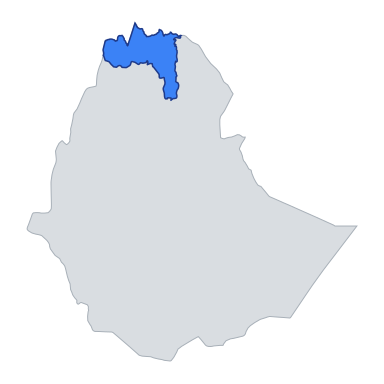 Ethiopia, with Tigray highlighted
{"feature_id": "ETH-3110", "entity_name": "Tigray", "entity_type": "Administrative State", "adm_level": 1, "iso_a3": "ETH", "parent_name": "Ethiopia", "parent_adm1": "", "projection": "equal_earth", "projection_center": [38.617, 13.565], "detail": "fine", "context": "in_parent", "style": "filled", "palette": "blue", "viewbox_px": 384, "rotation_deg": 0, "n_neighbors": 0, "source": "natural_earth", "source_scale": "10m", "svg_char_len": 7886}
<svg xmlns="http://www.w3.org/2000/svg" viewBox="0 0 384 384"><path d="M76.9,300.4L76.5,299.8L74.6,297.7L72.8,295.0L71.7,292.0L70.6,289.5L70.1,283.9L68.7,280.5L67.4,276.4L65.5,268.4L64.6,265.7L63.1,263.8L61.4,262.1L59.7,258.6L55.2,255.5L53.4,253.1L50.4,248.9L49.7,246.7L49.5,244.6L48.6,242.7L46.9,240.4L41.7,235.6L40.3,235.1L38.4,234.6L35.7,234.1L32.0,233.0L28.8,231.1L27.4,229.8L27.1,228.9L27.4,227.3L28.5,224.7L30.8,218.4L32.3,214.1L33.3,212.9L36.2,212.6L39.2,212.7L41.3,213.1L44.4,213.1L48.1,212.7L49.6,211.3L50.8,209.7L51.3,208.6L51.4,205.8L51.4,203.6L51.2,195.0L51.1,189.8L51.0,183.8L51.0,182.6L51.1,181.1L52.0,174.7L52.9,171.0L53.4,169.1L55.8,163.0L56.2,161.0L56.3,159.2L55.5,151.1L57.0,147.2L59.0,143.4L60.7,141.8L62.1,140.7L62.7,141.1L64.3,142.9L66.4,144.6L67.4,144.2L68.9,142.7L69.9,141.1L69.8,138.2L70.8,132.3L70.6,128.9L71.7,124.7L72.9,118.8L73.4,115.0L74.0,113.0L77.1,108.9L79.8,103.0L81.5,98.8L84.7,91.8L86.3,89.3L87.7,88.2L89.6,87.5L93.3,86.8L95.9,86.2L96.3,85.3L96.5,83.9L96.6,80.8L97.1,75.4L98.3,70.2L99.6,66.3L100.4,64.5L101.2,62.7L102.2,59.8L103.4,53.5L103.4,49.2L105.2,41.3L105.6,41.2L108.6,39.8L111.4,39.6L114.3,40.6L116.1,40.8L116.9,40.3L117.7,39.0L118.4,36.9L119.6,35.7L121.2,35.5L123.3,37.9L126.6,44.2L127.5,44.6L128.0,44.4L129.7,39.4L131.0,35.4L133.4,28.0L134.8,23.8L136.1,25.1L137.4,27.2L138.9,28.2L140.4,28.8L141.2,28.9L142.2,29.8L145.6,35.0L146.7,36.2L148.3,36.4L155.0,34.7L159.0,31.6L159.7,30.4L160.7,30.4L162.1,31.8L162.6,33.1L163.5,34.8L165.0,35.0L168.9,33.8L170.7,33.1L172.3,33.7L174.3,34.2L175.6,34.2L178.6,35.9L182.3,35.4L184.0,35.4L185.8,36.2L188.6,38.9L192.4,42.2L197.7,44.6L198.8,45.5L201.4,49.3L205.5,56.6L210.7,63.5L216.5,69.0L219.6,72.8L221.6,77.4L223.7,81.7L225.8,83.5L227.7,84.9L229.7,88.1L231.1,90.8L233.1,93.9L230.9,98.1L228.1,103.7L224.8,110.2L223.8,111.8L220.9,115.8L220.4,116.9L219.8,119.7L219.8,124.9L220.2,131.6L220.6,137.7L222.2,138.4L224.1,138.9L226.1,138.1L228.6,137.4L231.7,137.0L235.2,135.7L237.2,134.7L239.3,134.8L241.2,135.9L242.2,136.8L243.5,137.2L245.2,137.1L244.9,138.3L243.9,140.0L242.8,141.7L241.7,143.4L239.5,148.3L239.4,148.9L239.7,149.9L241.0,152.1L242.3,155.7L243.0,159.1L243.6,160.7L245.1,162.5L247.4,166.3L248.6,168.8L251.1,170.2L251.9,173.5L253.8,178.2L255.8,182.0L257.8,185.0L259.9,186.2L260.8,186.3L265.4,191.8L268.8,196.0L269.7,196.7L275.9,199.4L283.1,202.6L288.9,205.1L296.3,208.4L303.5,211.6L310.3,214.6L319.9,218.9L327.6,222.4L333.6,225.1L334.9,226.0L356.9,226.0L351.6,233.0L345.5,241.0L339.1,249.4L335.0,254.8L328.4,263.4L323.0,270.5L317.4,278.3L312.3,285.4L305.7,295.1L301.4,301.5L294.7,311.4L290.5,317.6L289.8,318.0L283.7,317.5L277.8,317.1L270.3,316.5L269.4,316.5L267.2,317.1L265.9,317.6L260.5,319.3L259.5,319.8L255.0,322.4L250.4,325.6L248.0,328.0L246.1,331.5L245.3,334.0L244.5,335.1L243.0,336.1L233.4,338.4L230.6,338.8L226.1,340.7L223.7,343.8L223.0,345.4L219.8,345.4L214.1,345.9L211.7,346.4L210.5,346.5L208.3,346.4L206.6,345.9L205.4,345.0L203.9,343.1L200.6,339.1L198.3,336.6L193.0,339.5L188.3,342.3L181.7,346.3L177.9,349.2L176.7,352.1L173.8,357.3L171.2,360.6L170.2,361.0L164.2,360.3L162.1,359.6L158.5,359.0L153.8,357.9L150.6,356.7L147.1,356.5L142.1,356.1L139.1,355.2L135.9,352.3L131.9,348.8L127.8,345.2L123.5,341.5L118.5,337.2L113.0,332.5L111.7,332.0L111.2,332.0L105.2,331.8L99.0,331.5L94.8,331.4L93.5,330.8L92.5,329.8L91.2,326.3L89.6,323.9L87.8,320.7L87.6,316.5L88.1,311.9L88.6,310.3L88.3,308.8L88.4,306.7L87.4,304.8L81.3,302.5L80.3,302.7L79.3,303.6L78.1,304.2L77.3,303.6L76.8,302.8L76.8,301.4L76.9,300.4Z" fill="#d9dde1" stroke="#a8b0b8" stroke-width="1"/><path d="M103.3,55.4L103.7,54.1L103.6,52.6L103.3,51.2L103.1,50.4L103.1,49.7L103.2,49.1L105.2,41.1L105.6,41.1L105.8,40.5L106.1,40.2L106.4,40.1L106.9,40.1L107.2,40.0L107.9,39.6L108.3,39.5L109.3,39.5L109.5,39.4L109.8,39.1L110.1,39.1L111.5,39.1L112.2,39.2L113.7,39.8L114.4,39.9L114.5,40.0L114.9,40.7L115.1,40.9L115.3,41.0L115.7,41.1L115.8,41.0L116.1,40.7L116.3,40.7L116.7,40.7L116.9,40.7L117.1,40.5L117.4,40.1L117.5,39.6L117.6,39.0L117.6,38.3L117.7,37.7L117.9,37.1L118.2,36.5L118.8,35.9L119.6,35.6L121.2,35.7L121.7,35.5L122.0,35.4L122.5,36.0L122.9,36.3L123.7,37.9L124.1,38.3L124.1,38.6L124.2,39.0L124.2,39.7L124.2,40.0L124.5,40.2L125.4,41.2L125.5,41.4L125.7,41.9L125.8,42.6L125.9,43.0L126.2,43.1L126.4,43.2L126.6,43.3L126.8,43.5L126.9,43.8L126.9,44.6L127.0,45.0L127.2,45.4L127.6,45.7L127.9,45.4L128.6,42.9L129.9,39.0L131.3,34.7L132.7,30.3L134.1,25.8L135.0,23.0L135.4,23.5L135.6,24.0L136.1,25.1L136.4,25.2L136.4,25.3L136.4,25.7L136.5,25.8L136.5,26.0L136.7,26.4L136.9,26.4L137.1,26.6L137.2,26.8L137.2,27.1L137.3,27.4L137.5,27.6L139.9,28.9L140.3,28.9L141.5,28.7L142.0,28.7L142.3,28.9L142.6,29.2L142.7,29.7L142.7,29.8L142.9,30.6L143.0,30.9L143.2,31.2L143.4,31.4L143.7,31.6L143.8,32.0L144.0,33.1L144.2,33.6L144.4,34.0L144.8,34.4L145.9,35.2L146.1,35.4L146.3,36.1L146.4,36.3L146.6,36.6L146.8,36.6L147.0,36.5L148.1,36.6L149.8,36.3L150.6,36.0L151.9,35.1L152.3,35.1L152.7,35.3L153.1,35.3L153.5,35.3L153.9,35.2L155.2,34.5L156.2,34.3L156.6,34.0L157.3,33.1L158.2,32.6L158.7,32.2L159.0,31.7L159.1,31.1L159.0,30.6L159.1,30.1L159.3,29.7L159.4,29.8L160.2,29.9L160.8,30.1L161.0,30.2L161.5,30.6L161.9,31.2L162.3,31.8L162.6,32.4L163.2,34.8L163.7,35.9L164.2,35.9L164.7,34.9L165.0,34.6L165.5,34.4L166.7,34.7L167.1,34.7L168.9,34.0L169.8,33.4L170.2,32.8L170.4,32.2L170.7,32.2L171.2,32.5L171.5,32.9L171.9,33.6L172.1,33.7L172.2,33.8L173.3,34.3L173.9,34.3L174.9,34.1L175.2,34.0L175.8,34.0L176.5,34.3L177.1,34.8L178.2,36.1L178.6,36.3L179.0,36.4L179.4,36.2L180.1,35.5L180.5,35.4L180.9,35.5L180.5,35.8L180.6,36.0L180.6,36.4L180.6,37.2L180.6,37.3L180.4,37.6L180.3,37.9L180.2,38.0L179.6,38.1L177.9,37.9L177.0,37.5L176.7,37.5L175.2,37.9L174.5,38.4L173.9,39.0L173.7,39.3L173.7,39.6L174.2,39.9L175.6,39.7L175.9,40.2L175.8,40.5L174.8,41.9L174.3,43.4L174.2,44.0L174.4,44.2L174.7,44.1L175.0,44.2L175.4,44.3L175.7,44.6L175.0,45.6L174.9,45.8L175.1,46.4L175.4,46.4L175.7,46.2L176.0,46.1L176.3,46.5L176.4,47.0L176.5,47.6L176.5,48.1L176.4,49.2L176.4,49.6L176.6,49.9L176.9,50.3L177.0,50.5L177.0,50.9L177.1,52.6L176.6,55.3L176.6,56.6L176.7,57.6L177.0,58.7L177.2,60.1L177.1,61.4L176.5,61.9L175.7,61.4L175.5,61.8L175.0,64.0L175.0,64.8L175.3,66.0L175.4,66.7L175.3,67.4L174.9,70.4L175.0,70.8L175.1,71.2L175.2,71.4L175.5,71.8L175.6,72.0L175.8,72.1L176.0,72.5L176.4,74.7L176.5,75.0L176.8,75.4L176.8,75.6L176.7,76.1L176.5,76.6L176.2,77.0L175.9,77.1L176.0,78.4L176.0,79.0L175.9,79.8L175.9,80.5L175.8,80.8L175.7,81.3L176.4,82.2L176.7,82.4L177.2,82.5L177.6,82.6L178.0,83.1L178.5,84.3L178.7,85.2L178.6,86.6L178.3,88.0L178.0,88.8L177.2,89.9L176.8,91.0L176.5,92.2L176.4,93.7L176.5,94.1L176.8,95.0L176.9,95.7L176.9,96.3L176.8,97.0L176.6,97.6L176.2,98.1L175.5,98.3L174.7,98.5L173.2,98.6L172.9,98.7L171.0,100.2L170.9,100.1L171.1,99.7L171.1,99.1L171.0,98.4L170.9,98.0L168.1,97.8L167.4,98.0L167.4,98.7L167.3,98.8L165.7,98.9L165.1,98.4L164.8,97.7L164.6,96.9L164.5,96.3L164.3,93.0L163.4,90.0L163.2,89.0L163.3,88.0L164.9,84.1L165.0,82.5L164.8,81.2L164.5,80.2L164.3,79.2L164.3,78.3L164.1,77.7L163.7,77.5L161.3,78.1L160.1,78.1L159.8,78.0L159.5,77.8L159.3,77.3L159.2,76.6L159.2,75.9L159.2,75.4L159.1,74.5L158.5,73.5L153.6,67.2L153.1,66.8L152.7,66.6L152.6,66.1L152.4,64.8L152.1,64.0L152.1,63.7L150.5,63.5L150.1,63.6L149.7,63.7L149.2,63.9L147.4,64.6L147.3,64.4L147.9,62.4L147.8,61.8L147.7,61.3L147.4,60.9L147.2,60.9L146.8,61.1L146.6,61.5L146.4,62.0L146.1,62.5L145.6,62.7L143.5,63.1L142.2,63.1L141.1,62.8L140.3,62.8L140.0,63.2L139.8,63.6L139.3,64.0L138.9,64.3L138.6,64.4L137.9,64.2L135.0,62.3L132.5,61.6L131.7,61.6L131.2,62.1L130.6,64.1L130.4,64.7L130.1,65.1L129.8,65.5L126.7,67.4L126.1,67.6L122.3,67.4L122.0,67.3L121.8,67.1L121.5,66.5L120.9,66.0L120.3,65.6L119.7,65.5L119.0,65.6L118.5,65.7L118.4,65.8L117.2,66.6L116.9,67.0L116.6,67.2L116.2,67.2L113.6,66.8L113.2,66.5L112.7,65.7L111.5,64.8L109.1,61.8L108.7,61.6L105.8,60.6L105.4,60.6L105.1,60.1L103.6,55.7L103.3,55.4Z" fill="#3b82f6" stroke="#1e3a8a" stroke-width="1.5"/></svg>